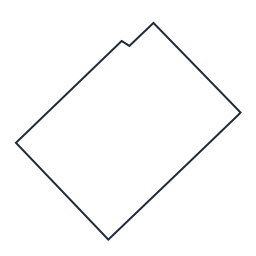 the district of Day, South Dakota, United States of America, rotated 316°
{"feature_id": "52423323B43652736697030", "entity_name": "Day", "entity_type": "district", "adm_level": 2, "iso_a3": "USA", "parent_name": "United States of America", "parent_adm1": "South Dakota", "projection": "natural_earth1", "projection_center": [-97.508, 45.37], "detail": "fine", "context": "isolated", "style": "outline", "palette": "slate", "viewbox_px": 256, "rotation_deg": 316, "n_neighbors": 0, "source": "geoboundaries", "source_scale": "gbopen_adm2", "svg_char_len": 291}
<svg xmlns="http://www.w3.org/2000/svg" viewBox="0 0 256 256"><g transform="rotate(316 128 128)"><path d="M154.6,195.1L216.4,195.2L219.7,195.0L219.6,150.2L219.3,70.1L186.0,69.9L183.9,61.0L37.1,60.8L36.5,167.8L36.3,194.6L154.6,195.1Z" fill="none" stroke="#1e293b" stroke-width="2"/></g></svg>